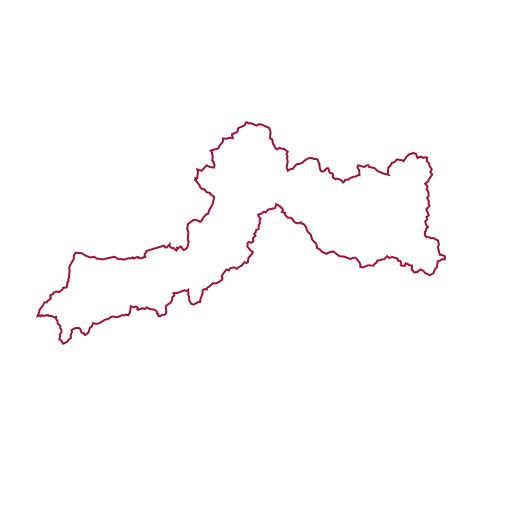 outline of Huancayo, Junín, Peru, rotated 26°
{"feature_id": "86281439B94179749418482", "entity_name": "Huancayo", "entity_type": "district", "adm_level": 2, "iso_a3": "PER", "parent_name": "Peru", "parent_adm1": "Junín", "projection": "orthographic", "projection_center": [-75.119, -12.172], "detail": "fine", "context": "isolated", "style": "outline", "palette": "rose", "viewbox_px": 512, "rotation_deg": 26, "n_neighbors": 0, "source": "geoboundaries", "source_scale": "gbopen_adm2", "svg_char_len": 6108}
<svg xmlns="http://www.w3.org/2000/svg" viewBox="0 0 512 512"><g transform="rotate(26 256 256)"><path d="M92.2,332.2L92.5,333.0L92.0,335.2L93.5,338.8L92.9,346.9L93.6,349.3L94.8,350.6L97.4,357.6L97.5,359.2L98.6,360.8L97.9,362.4L98.9,363.7L98.7,364.8L99.6,366.7L98.6,368.1L96.7,368.9L96.6,371.2L94.6,375.1L92.5,375.2L90.1,377.6L90.1,379.6L88.4,381.2L88.5,382.0L90.2,383.9L89.6,385.9L88.4,387.5L88.2,389.5L86.5,390.2L86.1,391.1L86.2,393.7L85.0,399.7L85.8,401.6L85.9,405.5L86.1,406.0L87.7,404.3L89.1,404.5L89.4,403.1L91.7,402.9L94.8,400.2L95.8,400.7L97.8,399.8L101.9,399.4L103.0,398.5L104.2,400.6L105.6,401.1L107.6,403.7L110.7,404.5L111.5,406.5L113.7,408.0L114.5,409.9L114.2,412.9L115.2,414.2L115.8,417.0L117.9,417.4L120.9,419.4L123.6,416.5L124.6,412.5L125.7,410.9L124.2,408.7L123.8,404.8L122.8,403.8L123.1,402.7L125.6,399.7L128.8,398.3L130.2,398.8L132.4,401.0L133.7,401.4L134.9,400.8L136.7,402.0L137.3,401.7L138.9,398.4L138.2,392.9L139.2,391.7L139.1,387.8L142.3,387.0L144.6,385.0L148.5,379.1L150.6,377.7L152.3,374.4L153.7,373.3L158.4,371.6L161.8,367.7L163.5,367.3L164.2,366.0L167.2,365.3L167.4,361.8L165.5,356.0L168.9,355.7L170.2,354.0L172.5,354.4L172.8,356.0L173.9,355.9L176.7,352.8L179.4,352.3L180.2,350.0L183.3,350.3L188.2,348.8L191.0,349.2L192.4,351.2L193.5,351.0L194.3,352.5L195.1,352.8L196.5,351.9L197.2,350.1L199.5,349.0L200.3,347.5L200.0,345.7L197.1,341.2L197.1,340.0L199.7,335.3L200.0,333.1L198.8,329.7L199.9,327.5L198.1,325.6L201.9,323.4L206.1,318.7L206.9,318.1L208.4,318.1L209.9,316.0L212.0,320.5L213.9,322.2L215.4,325.2L218.7,327.3L221.2,327.1L224.5,322.4L225.9,321.8L225.1,319.7L224.3,312.9L223.1,310.0L224.4,308.1L226.4,307.8L226.1,305.9L227.6,303.6L229.2,299.3L230.5,299.1L232.3,297.8L234.4,295.2L235.9,292.0L235.8,290.8L234.3,289.8L234.0,287.5L235.4,281.1L238.1,280.7L238.0,279.0L240.1,276.5L242.0,275.7L244.4,276.0L245.2,273.9L247.5,270.5L248.4,266.5L250.5,266.5L251.4,265.2L250.0,260.8L251.7,255.3L251.5,254.4L251.0,253.6L249.1,253.6L244.1,251.3L242.8,247.9L243.3,246.6L245.8,246.3L247.2,243.9L245.6,242.0L245.9,239.6L246.6,238.0L244.7,237.0L245.3,234.8L244.7,233.0L246.5,230.3L244.9,227.4L245.1,225.0L243.6,222.4L243.8,220.5L240.4,218.8L239.8,217.9L242.1,215.7L243.5,213.0L245.8,212.4L246.5,209.0L252.1,204.6L251.5,200.6L255.6,200.7L256.8,201.5L258.5,201.6L260.2,202.9L260.0,205.1L263.0,204.5L263.6,206.0L267.5,207.6L270.6,206.4L273.5,207.1L274.9,208.5L277.1,208.8L279.6,208.2L281.6,206.0L282.8,206.9L284.4,206.4L285.9,206.8L288.6,208.2L289.8,209.9L291.8,211.4L295.6,212.6L299.2,216.5L302.8,218.1L304.1,218.1L306.6,220.6L307.2,222.0L310.5,222.1L313.4,223.2L318.2,223.3L319.9,220.9L323.5,218.0L331.1,219.6L335.6,217.9L342.1,217.3L344.7,214.5L346.7,214.0L351.0,216.0L353.7,218.0L354.3,219.9L355.3,220.0L357.4,219.1L360.8,215.2L365.8,213.2L366.3,210.4L367.2,209.2L367.1,206.8L368.7,205.9L370.5,204.0L372.7,202.8L373.9,198.7L376.4,199.4L378.9,197.2L384.3,196.3L385.8,197.9L387.9,197.2L389.3,198.4L389.7,200.2L391.1,200.9L394.1,199.6L393.7,196.9L396.7,196.7L397.5,197.2L400.5,196.2L402.0,200.1L403.8,200.4L405.1,201.4L406.1,201.2L407.0,200.0L407.8,200.1L409.6,196.0L412.8,196.0L415.7,197.2L420.7,197.0L423.0,193.7L422.7,189.2L423.5,186.6L421.6,181.2L423.7,179.2L424.5,177.3L427.0,176.5L426.1,173.5L423.2,173.5L420.7,174.3L415.6,168.3L415.4,165.6L412.7,162.3L407.8,162.1L405.0,163.4L403.1,163.3L401.4,164.2L398.8,163.5L397.2,160.4L397.7,159.5L396.9,156.3L397.8,154.7L394.9,153.2L393.0,150.8L393.7,148.2L392.1,146.2L393.2,144.6L393.2,143.3L388.6,139.5L390.0,134.9L388.0,133.1L387.6,131.3L384.3,128.7L384.8,126.7L384.0,124.5L381.7,122.0L380.3,121.6L379.7,118.3L376.3,116.8L378.0,113.5L377.6,111.8L378.7,105.5L375.8,104.1L376.0,101.2L375.5,100.7L372.3,98.9L371.2,96.9L368.4,96.1L367.4,95.0L366.7,92.6L365.1,92.9L362.8,94.7L361.0,94.4L359.2,95.6L358.2,97.1L354.8,94.0L351.7,94.6L351.3,95.6L349.1,97.3L347.9,100.5L347.0,106.1L345.3,105.9L340.3,107.5L339.3,111.1L337.3,112.5L337.3,116.1L336.1,118.3L338.4,124.2L339.6,124.9L333.6,126.2L328.1,126.3L324.0,125.0L318.7,126.4L317.1,125.1L315.6,126.2L314.4,128.5L307.9,129.8L308.3,131.8L311.4,134.1L313.5,137.9L312.7,138.0L311.2,140.4L308.6,142.3L306.4,144.9L305.6,146.7L302.7,148.4L302.8,150.1L302.0,151.8L299.2,150.4L295.2,150.8L293.8,152.2L291.4,151.7L290.2,151.3L289.9,149.9L288.8,148.3L285.7,148.9L283.7,146.5L282.1,145.5L280.9,146.5L280.4,148.9L279.1,150.7L277.1,151.3L274.4,148.5L272.7,145.6L269.1,142.4L267.9,142.3L265.4,143.4L263.2,143.4L260.4,145.1L258.0,148.5L256.8,151.9L254.1,154.7L252.8,155.1L251.3,158.6L250.9,161.4L248.9,162.8L247.3,165.4L244.6,162.8L243.1,157.1L241.0,154.6L240.9,153.0L238.8,151.1L238.8,148.4L234.2,147.4L232.1,148.3L229.8,148.4L228.3,151.0L226.4,150.5L221.8,147.4L219.7,144.3L216.9,143.9L214.9,138.5L213.0,136.2L210.9,134.9L209.7,135.4L204.7,135.3L200.9,136.2L199.6,138.4L192.8,138.9L191.5,140.1L189.2,139.8L188.5,140.2L188.6,142.5L187.9,144.3L184.0,148.8L184.0,150.0L184.8,151.3L184.7,152.8L181.0,157.1L183.5,160.3L180.0,161.5L178.3,163.4L174.7,164.9L175.5,166.0L176.1,168.2L174.9,172.3L174.9,175.9L169.1,181.1L171.2,182.3L171.8,183.7L173.2,185.0L174.9,189.5L176.7,190.0L177.0,191.2L178.7,192.0L179.5,194.9L175.7,196.2L171.9,196.2L169.7,203.3L165.3,203.9L167.0,206.0L169.0,211.7L167.5,212.4L168.5,213.5L167.9,214.2L173.8,216.9L175.7,218.7L178.6,219.5L180.1,218.6L183.6,220.3L187.2,219.5L188.0,220.5L192.2,221.0L193.2,223.4L194.3,228.9L193.9,234.3L194.4,239.4L193.1,240.3L192.4,242.2L191.7,245.4L191.7,248.8L190.6,249.9L190.1,249.5L185.8,250.0L184.0,251.0L180.6,257.5L181.5,258.7L182.1,261.7L184.6,263.9L187.7,271.6L189.2,272.5L190.5,278.2L189.9,280.6L188.1,282.4L184.3,280.3L183.0,282.6L181.3,283.2L182.4,284.4L182.0,286.1L178.7,285.0L177.1,285.7L175.5,285.6L173.8,284.7L173.2,283.4L172.0,287.5L170.6,288.1L169.7,287.3L168.6,287.2L155.3,299.6L155.7,300.7L155.0,303.1L156.8,305.6L155.7,306.0L154.4,308.1L151.2,309.2L150.7,308.6L149.2,309.4L147.6,311.5L147.3,311.3L146.1,312.1L145.7,311.7L145.4,312.5L142.6,313.8L138.8,317.2L135.1,318.1L133.3,319.2L131.5,318.7L128.6,319.1L119.6,326.3L115.2,327.6L114.5,328.2L110.8,327.7L107.8,329.9L103.1,330.4L98.0,329.9L92.2,332.2Z" fill="none" stroke="#9f1239" stroke-width="2"/></g></svg>